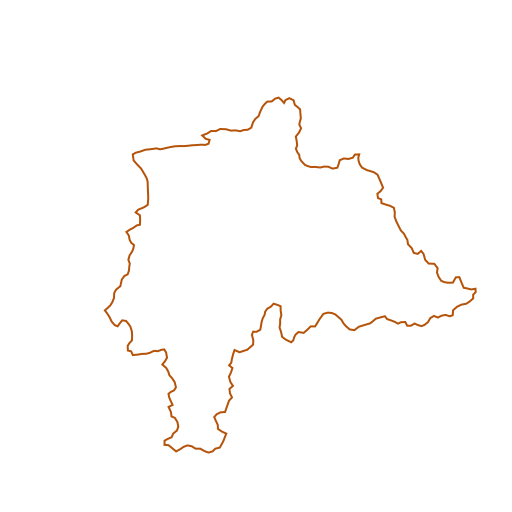 outline of Alfredo Chaves, Espírito Santo, Brazil, rotated 150°
{"feature_id": "56859067B34972821288679", "entity_name": "Alfredo Chaves", "entity_type": "district", "adm_level": 2, "iso_a3": "BRA", "parent_name": "Brazil", "parent_adm1": "Espírito Santo", "projection": "orthographic", "projection_center": [-40.823, -20.568], "detail": "fine", "context": "isolated", "style": "outline", "palette": "amber", "viewbox_px": 512, "rotation_deg": 150, "n_neighbors": 0, "source": "geoboundaries", "source_scale": "gbopen_adm2", "svg_char_len": 4376}
<svg xmlns="http://www.w3.org/2000/svg" viewBox="0 0 512 512"><g transform="rotate(150 256 256)"><path d="M166.8,126.4L163.7,126.2L159.7,124.2L159.9,120.0L156.8,118.2L152.4,118.2L150.4,115.3L147.7,112.5L144.6,112.1L140.2,112.7L136.1,115.1L131.8,115.1L129.3,111.8L125.0,111.5L121.3,110.2L118.3,106.9L115.2,106.4L112.4,110.5L107.3,111.5L102.5,111.2L97.7,109.5L93.5,109.8L89.1,110.7L87.3,113.9L83.8,114.9L82.3,117.9L86.3,119.4L89.3,122.3L92.0,124.6L91.6,128.0L91.1,131.8L90.5,136.0L93.6,137.6L98.8,134.5L103.2,136.9L106.0,139.2L108.0,141.9L108.3,146.6L107.5,151.3L104.8,154.6L105.5,160.1L110.2,163.1L111.4,168.1L109.9,173.9L110.4,177.8L114.9,177.0L117.8,179.8L117.2,184.9L118.5,190.2L116.9,194.1L116.9,197.6L116.7,201.3L117.8,205.6L117.5,211.2L117.2,215.7L116.4,220.6L114.0,224.3L112.5,228.8L114.9,232.5L118.5,236.3L120.9,239.1L119.2,242.4L121.4,245.2L119.8,249.2L115.6,249.9L111.8,251.6L111.0,257.6L110.1,265.6L111.9,269.4L114.2,272.0L117.0,274.9L120.0,279.6L120.3,283.8L119.5,287.3L118.2,290.1L115.8,292.4L119.7,294.4L123.0,292.7L127.4,293.8L131.1,296.5L135.6,297.1L138.4,294.3L141.4,291.8L146.0,293.4L148.9,297.3L152.4,299.4L156.1,300.5L160.4,303.7L163.7,305.4L165.9,307.6L168.0,310.3L169.3,315.7L169.3,318.9L168.0,322.0L168.3,325.4L167.8,329.0L165.1,331.1L163.4,334.9L161.8,339.5L156.8,341.5L153.1,344.1L152.8,348.1L150.7,350.6L148.4,352.7L146.3,357.2L144.5,361.0L145.5,364.2L146.8,367.5L145.6,372.1L148.2,376.0L152.5,376.3L155.2,374.5L156.0,378.6L157.3,381.9L160.7,382.7L165.1,382.0L169.2,384.1L172.9,383.1L175.7,382.0L179.9,379.1L183.9,375.8L188.0,375.1L191.7,373.3L195.9,369.5L200.1,369.5L203.5,371.2L207.4,372.0L210.7,374.9L215.0,377.1L218.5,380.7L223.5,383.9L228.2,384.2L232.4,386.7L237.0,386.5L242.3,387.3L240.9,382.5L238.1,379.8L240.9,377.0L244.2,377.5L248.0,379.9L251.8,381.7L256.1,383.9L259.4,385.3L262.9,386.9L267.2,389.4L271.0,391.4L275.5,393.1L278.9,394.2L283.0,395.4L285.8,396.4L288.4,399.0L293.5,401.0L298.8,403.4L304.0,404.3L308.5,405.6L311.9,405.6L314.2,400.0L313.2,394.7L311.8,389.3L311.7,382.5L311.8,377.9L312.7,374.5L315.3,369.7L320.3,360.1L324.2,354.4L328.9,354.2L334.7,355.0L338.4,353.9L336.2,349.3L338.1,345.5L340.9,341.1L343.9,342.1L348.6,341.7L352.3,341.9L356.2,341.6L355.9,337.3L357.3,333.3L357.5,329.9L356.2,326.5L358.3,324.0L361.0,321.8L365.1,319.8L368.4,316.6L369.1,312.6L371.2,309.9L373.4,306.8L376.3,304.3L380.0,304.5L384.0,302.7L388.6,297.7L394.1,296.8L397.3,294.8L399.9,290.7L403.6,287.8L406.8,286.1L410.3,285.2L414.1,284.5L413.6,280.8L413.4,276.1L413.8,271.3L412.9,266.7L411.0,264.3L408.1,265.6L404.1,267.2L401.0,264.7L400.4,261.0L400.1,257.6L401.2,252.8L403.2,248.8L405.7,244.9L409.4,243.8L412.1,242.3L414.2,238.2L411.8,235.8L412.2,231.8L407.9,229.8L403.8,228.3L399.9,226.2L396.2,225.2L391.9,224.9L388.5,222.6L385.0,222.1L382.2,221.0L382.1,217.4L383.9,212.4L387.6,210.3L391.4,208.8L389.7,203.9L389.8,199.6L390.6,196.1L389.8,192.4L389.5,187.4L391.0,182.3L394.1,180.6L397.6,180.9L400.7,180.4L401.9,176.8L402.4,172.4L402.7,168.7L407.2,169.0L407.7,163.3L409.4,159.3L407.2,156.4L407.1,151.4L408.7,147.0L411.7,144.4L416.5,143.6L419.8,141.2L423.7,141.7L427.5,141.8L429.7,138.2L426.4,136.0L424.7,131.6L422.9,126.7L418.0,126.6L414.2,126.9L410.2,126.3L406.8,123.4L404.7,119.4L400.6,117.0L398.1,112.7L395.4,109.5L391.2,108.5L387.6,109.5L383.2,108.2L379.1,110.6L376.2,112.5L373.7,114.6L370.5,117.0L373.2,120.8L375.4,125.2L373.5,129.1L373.2,133.3L372.7,137.4L369.2,138.6L365.1,138.4L360.8,136.4L358.1,138.7L355.1,141.3L351.7,144.2L347.5,145.5L347.2,150.1L345.4,154.2L340.9,155.0L341.2,159.6L339.8,165.0L337.2,166.7L334.8,168.6L332.4,170.8L334.0,174.7L330.8,175.9L328.5,178.7L324.8,182.5L321.6,185.3L318.4,180.9L310.4,179.2L302.8,180.7L300.4,184.5L299.0,189.7L296.3,191.9L293.5,190.1L289.2,190.0L287.0,192.5L284.2,196.0L281.3,198.7L277.9,200.8L275.9,203.2L272.7,204.7L268.3,204.7L264.6,205.9L261.7,202.7L259.8,200.2L261.9,196.5L263.6,192.1L266.8,189.0L268.8,185.5L271.4,182.2L272.3,177.5L273.8,173.0L272.2,169.0L268.7,163.7L265.9,164.3L263.5,166.6L260.9,168.2L257.2,168.9L253.2,165.6L248.3,166.5L243.8,167.7L240.0,165.5L237.1,167.0L232.8,169.4L226.6,172.2L222.0,171.0L218.7,168.6L216.6,165.8L215.3,162.3L213.9,158.1L213.9,153.8L213.2,150.3L211.6,145.6L207.9,142.6L202.1,143.3L195.7,141.8L190.9,140.6L187.2,141.1L183.5,141.8L178.2,140.4L174.5,139.4L174.0,135.8L171.0,132.4L168.8,129.7L166.8,126.4Z" fill="none" stroke="#b45309" stroke-width="2"/></g></svg>